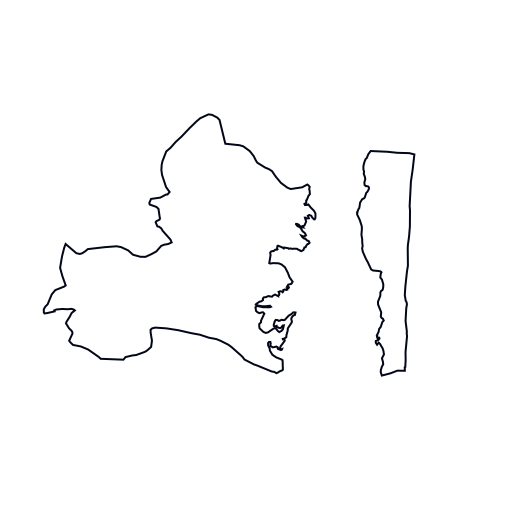 outline of Sidi Salim, Kafr ash Shaykh, Egypt, rotated 112°
{"feature_id": "37247803B12762735296795", "entity_name": "Sidi Salim", "entity_type": "district", "adm_level": 2, "iso_a3": "EGY", "parent_name": "Egypt", "parent_adm1": "Kafr ash Shaykh", "projection": "robinson", "projection_center": [30.738, 31.367], "detail": "fine", "context": "isolated", "style": "outline", "palette": "ink", "viewbox_px": 512, "rotation_deg": 112, "n_neighbors": 0, "source": "geoboundaries", "source_scale": "gbopen_adm2", "svg_char_len": 6145}
<svg xmlns="http://www.w3.org/2000/svg" viewBox="0 0 512 512"><g transform="rotate(112 256 256)"><path d="M316.2,437.0L320.3,436.9L329.1,435.7L340.4,433.2L347.4,427.8L354.6,421.4L356.2,422.4L362.8,429.3L368.1,431.0L378.8,431.1L381.9,432.4L385.0,432.8L387.9,431.5L388.5,430.6L387.0,428.0L382.8,422.0L382.0,422.7L380.4,421.1L377.6,415.6L375.8,410.4L374.2,407.5L373.9,404.9L374.3,403.6L378.0,405.6L382.4,406.0L387.7,407.0L389.6,407.0L393.1,402.2L394.1,399.7L395.0,398.1L396.6,397.1L404.5,397.5L405.4,396.2L407.0,392.4L405.5,384.6L405.6,376.6L408.5,364.0L409.5,361.5L401.8,340.1L398.6,339.1L394.6,333.5L392.7,330.0L386.5,323.1L384.3,321.5L379.6,319.2L373.6,320.7L366.3,325.1L363.8,326.1L361.9,325.1L360.1,322.5L356.7,312.1L353.9,300.2L351.8,287.2L350.0,278.5L349.4,269.1L347.9,261.7L347.9,257.2L348.6,248.5L349.6,244.6L353.8,232.7L354.7,230.5L356.3,227.9L357.3,217.3L357.1,213.8L357.2,198.0L356.6,195.7L357.0,193.2L355.6,191.8L354.4,191.1L352.2,188.9L351.3,188.5L342.7,192.3L342.4,193.3L342.4,199.4L341.4,203.9L338.5,207.7L336.6,208.7L334.4,211.2L332.2,212.2L330.9,211.8L330.3,210.5L331.6,209.6L332.2,209.6L334.1,208.7L334.4,206.1L332.3,203.1L332.6,201.5L333.2,201.5L333.9,200.9L333.9,197.7L333.2,197.0L332.6,197.0L332.9,197.3L332.9,198.3L332.3,199.3L330.4,199.3L323.8,197.6L322.9,198.2L322.8,199.2L323.2,199.8L322.8,200.1L321.9,198.8L320.0,197.5L318.1,198.1L313.1,198.7L311.2,199.4L304.3,198.0L303.0,198.3L301.4,199.6L300.2,199.9L298.0,199.5L297.3,198.9L295.8,198.2L295.8,197.9L293.6,198.2L293.9,199.5L294.5,200.5L296.1,201.1L299.2,203.4L304.5,205.4L305.2,206.4L305.5,208.3L307.3,210.0L307.7,210.9L307.3,211.9L307.9,213.8L310.2,214.2L310.8,213.9L312.7,213.9L314.2,213.3L314.3,212.3L313.0,210.7L314.0,210.0L314.0,207.5L313.7,206.5L313.0,205.8L310.5,205.2L309.9,204.2L313.7,203.6L315.9,204.3L317.8,205.9L317.4,207.5L315.8,210.4L315.8,211.3L316.8,212.6L322.4,216.3L323.7,218.2L323.6,220.8L321.7,225.6L320.1,226.6L317.9,227.5L315.4,226.5L314.2,227.1L306.3,226.7L305.6,228.3L306.0,229.3L307.8,231.6L307.5,233.8L306.9,235.4L303.7,237.3L302.1,236.4L301.8,235.7L300.9,230.5L298.4,224.1L297.5,223.1L296.9,224.4L299.0,228.3L300.3,231.5L301.2,235.7L301.2,238.0L300.5,237.9L297.1,235.7L296.2,234.3L294.3,233.0L292.7,233.7L291.5,233.3L290.2,231.1L289.3,230.4L288.3,229.1L288.3,228.1L287.7,225.9L286.5,225.5L284.6,223.9L284.9,220.4L284.3,220.7L283.7,220.0L283.0,220.0L282.1,220.3L280.8,221.6L279.6,220.3L279.3,218.4L279.6,217.7L278.7,217.4L277.4,218.0L276.4,217.0L276.1,215.1L275.5,214.4L274.3,215.4L273.6,213.8L272.7,213.8L272.4,214.4L272.4,215.7L270.5,215.4L268.6,212.8L266.1,212.4L263.2,216.9L259.7,220.1L255.6,224.9L255.0,226.8L254.3,229.1L254.3,232.3L256.2,237.5L257.7,240.1L257.7,241.0L249.5,242.9L248.3,243.8L247.3,244.1L246.4,243.8L245.4,242.8L244.8,241.5L242.9,240.5L242.3,238.9L241.7,238.6L241.4,239.2L238.8,239.9L238.2,239.5L238.2,235.0L238.6,233.1L237.6,233.1L236.7,228.9L237.0,228.2L236.1,226.9L235.8,225.0L234.9,223.4L233.9,220.4L234.3,219.5L234.3,217.2L234.6,216.9L234.6,215.9L232.7,214.3L229.9,214.3L229.3,213.3L227.4,213.3L225.5,212.6L225.2,212.0L223.9,211.3L223.6,211.3L222.3,212.9L222.6,214.2L221.4,216.8L221.7,217.1L221.7,218.4L220.9,220.5L220.1,221.6L220.1,219.0L218.2,217.4L216.9,218.7L216.3,219.6L215.7,221.9L213.1,225.4L212.8,226.7L212.8,228.6L211.5,230.9L211.2,230.9L210.9,230.2L210.9,228.3L211.9,226.0L211.9,224.7L212.2,224.2L211.9,223.1L211.6,223.8L210.9,224.1L209.7,222.5L205.3,222.4L202.1,225.0L201.8,224.3L202.1,223.7L202.1,222.7L201.2,221.1L199.3,223.0L198.0,222.0L198.0,219.8L199.3,218.2L200.3,215.9L200.0,215.3L198.4,215.2L194.3,216.8L192.4,219.1L190.6,223.3L188.6,226.8L189.5,227.7L190.4,229.7L189.5,230.6L187.9,229.3L185.7,230.3L185.1,229.9L180.4,229.9L178.5,229.2L175.3,230.8L174.0,231.8L171.8,232.1L170.9,233.7L170.5,235.2L175.0,238.9L180.9,248.9L180.9,252.5L178.9,260.2L175.1,267.3L171.3,273.0L170.6,276.6L170.6,280.5L169.0,289.8L167.4,292.0L164.2,295.6L161.1,301.0L159.1,308.7L159.4,312.6L163.4,326.5L143.5,340.8L142.2,343.7L141.6,349.8L142.5,353.1L149.1,359.3L153.5,361.6L162.3,365.5L173.2,369.8L180.1,373.1L187.7,375.8L192.7,378.4L203.4,378.2L206.8,377.6L211.6,376.0L216.0,373.5L225.8,365.2L229.0,360.1L232.1,361.1L232.7,362.4L237.7,366.6L242.4,374.7L246.8,374.8L248.1,373.8L247.8,366.7L248.8,364.1L256.3,359.7L257.0,359.1L258.5,359.1L261.0,361.4L262.3,361.7L265.5,358.5L265.2,356.9L265.8,354.3L267.7,351.8L272.8,341.5L275.0,339.3L277.8,341.9L280.0,345.5L282.2,347.7L289.1,350.1L293.5,353.7L298.2,358.2L300.0,362.8L300.9,370.5L298.7,376.6L298.3,384.4L299.2,388.9L304.5,399.6L312.6,414.5L315.7,416.2L318.5,418.1L320.1,420.1L320.7,423.6L316.2,437.0ZM306.6,75.0L303.5,76.4L303.0,76.0L296.6,78.2L289.0,81.4L273.5,86.0L271.9,87.0L269.4,87.9L260.2,93.0L248.2,97.1L244.1,98.0L242.2,99.3L241.3,100.5L236.5,103.4L228.0,106.2L213.5,110.3L208.1,111.5L192.3,118.1L188.9,119.3L180.9,121.3L171.2,124.3L156.0,130.3L152.3,132.2L129.1,140.2L116.9,143.2L102.5,147.2L103.2,152.4L107.4,163.7L110.1,173.1L115.7,189.0L119.5,190.0L123.6,190.0L125.2,190.7L128.3,190.7L132.4,190.1L135.6,188.8L137.1,187.5L139.4,186.9L142.2,184.4L144.1,183.4L147.2,183.1L149.5,181.9L150.1,180.3L149.8,179.9L149.5,178.0L150.1,177.0L151.7,176.4L154.8,176.8L156.1,177.4L161.1,177.1L162.1,177.5L163.6,178.8L167.4,179.5L172.8,178.2L173.7,178.5L177.5,178.6L177.5,178.3L179.4,178.0L183.8,173.2L188.9,169.0L191.7,167.8L196.8,166.2L200.9,163.7L203.4,162.7L206.9,160.8L209.1,160.5L212.0,158.6L217.3,153.2L219.9,150.0L225.3,144.2L225.6,142.0L224.1,137.1L223.7,135.2L223.8,134.2L224.1,133.6L226.0,133.6L229.4,132.7L230.7,130.4L234.2,127.6L236.4,126.6L239.2,126.0L240.2,126.0L241.8,127.0L243.3,127.0L245.5,126.1L247.1,125.8L252.5,125.8L254.1,125.2L255.3,124.6L261.3,118.8L265.4,117.6L266.4,116.3L266.7,114.7L268.0,113.4L269.9,114.1L275.2,113.8L277.4,114.5L280.6,113.9L284.0,114.2L284.0,113.9L285.6,113.6L286.9,112.3L285.9,112.3L286.0,111.7L285.6,111.3L286.0,110.7L286.9,110.7L288.5,111.4L289.7,113.0L290.4,113.0L291.6,112.4L292.9,110.5L290.4,109.8L291.0,108.2L294.2,104.0L296.1,102.4L299.3,100.5L303.7,100.9L306.5,98.7L309.0,97.4L310.0,97.7L311.9,97.8L315.0,97.5L316.9,96.9L319.7,94.5L314.5,87.5L309.4,82.0L306.6,75.0Z" fill="none" stroke="#020617" stroke-width="2"/></g></svg>